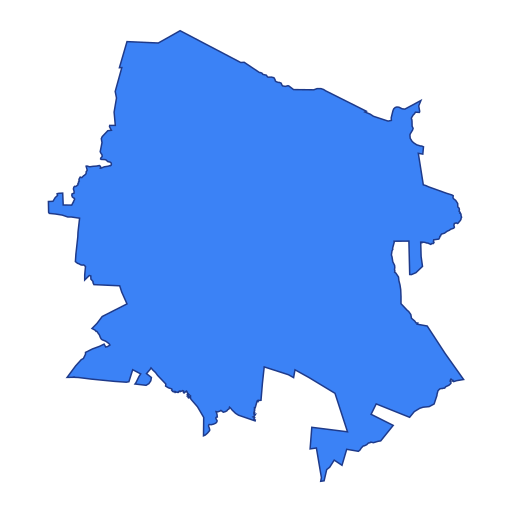 the district of Motozintla, Chiapas, Mexico
{"feature_id": "50627088B93582456317957", "entity_name": "Motozintla", "entity_type": "district", "adm_level": 2, "iso_a3": "MEX", "parent_name": "Mexico", "parent_adm1": "Chiapas", "projection": "robinson", "projection_center": [-92.331, 15.305], "detail": "fine", "context": "isolated", "style": "filled", "palette": "blue", "viewbox_px": 512, "rotation_deg": 0, "n_neighbors": 0, "source": "geoboundaries", "source_scale": "gbopen_adm2", "svg_char_len": 5965}
<svg xmlns="http://www.w3.org/2000/svg" viewBox="0 0 512 512"><path d="M463.6,379.5L445.0,353.3L427.2,326.0L417.2,324.2L417.8,323.1L415.9,322.8L414.8,321.1L411.5,318.3L410.8,314.5L408.6,311.4L407.3,310.4L401.0,303.7L401.0,296.6L400.7,289.6L400.0,285.0L398.9,280.6L398.5,277.0L395.8,273.0L394.6,272.2L394.9,270.9L394.5,269.7L394.8,267.4L394.6,265.4L392.8,261.8L392.0,256.8L391.4,255.0L392.0,250.8L392.8,249.3L392.6,248.2L394.2,242.3L394.1,241.2L408.9,241.1L409.7,274.5L411.4,274.6L415.9,272.7L422.5,266.4L421.1,256.4L420.7,242.1L421.2,242.0L422.0,242.7L422.6,242.1L425.0,242.4L426.6,243.0L427.9,243.1L430.8,244.4L431.8,243.5L433.1,243.6L434.0,242.6L433.9,242.1L433.4,241.8L433.7,239.8L438.8,239.1L439.7,237.5L439.8,236.4L440.6,235.9L441.1,234.5L441.5,234.1L444.6,233.1L447.2,231.2L449.5,230.2L450.5,229.3L453.7,228.2L454.4,227.2L453.9,225.5L454.3,223.5L456.3,222.9L457.4,223.5L458.0,223.2L460.4,220.4L461.0,219.2L461.1,218.1L461.6,217.3L461.0,215.4L461.0,214.2L460.5,213.4L459.8,213.1L460.1,212.3L459.1,211.3L459.4,209.6L459.1,208.2L457.8,206.9L457.7,203.5L455.7,200.4L453.4,198.6L453.0,197.6L453.2,195.7L451.8,194.9L446.6,193.3L428.5,186.8L425.9,185.6L423.3,184.8L418.3,153.3L422.8,154.1L423.5,146.8L421.6,146.0L420.6,146.0L416.7,144.8L413.8,142.9L412.1,141.4L410.2,138.3L409.9,134.9L410.3,133.8L412.6,130.0L413.1,128.3L412.1,126.2L412.0,121.3L411.8,119.5L411.4,118.9L411.5,117.8L413.1,115.1L414.6,113.6L415.4,112.2L419.4,112.4L419.7,111.3L418.7,105.9L420.9,100.5L404.9,109.1L402.2,108.8L398.9,107.2L396.8,107.0L395.2,107.5L393.7,108.9L392.9,110.9L391.2,117.8L391.4,120.4L388.1,121.1L373.5,116.3L370.1,114.1L364.9,112.0L366.3,111.2L325.6,90.8L323.6,89.5L320.9,88.6L317.1,88.6L313.8,89.8L293.6,89.6L288.9,86.0L288.0,85.7L285.3,86.4L282.6,85.9L281.7,84.6L281.2,83.2L279.4,82.4L278.2,82.4L276.3,81.7L275.3,80.9L275.0,79.5L273.9,77.7L271.4,77.1L268.3,77.2L267.4,76.8L266.4,75.2L262.9,74.4L262.0,73.2L260.6,72.6L259.4,72.5L244.2,62.3L240.7,62.5L180.1,30.7L158.3,43.0L127.0,41.6L119.4,67.7L121.8,67.6L115.2,91.5L116.5,98.0L114.1,112.1L115.3,125.4L109.7,125.4L109.5,126.7L111.4,130.3L107.8,130.7L102.2,136.6L101.3,138.7L102.0,142.6L100.2,151.7L100.8,153.0L101.9,154.6L102.2,156.0L102.1,156.6L100.7,158.2L100.6,159.0L101.1,159.4L105.1,159.6L106.1,160.0L107.8,161.6L110.1,162.1L111.0,162.8L111.3,163.4L111.4,164.2L111.2,165.1L110.5,165.7L110.2,165.5L108.2,166.2L104.3,166.8L100.9,168.2L100.3,168.2L100.6,167.2L100.5,166.4L99.4,165.5L96.4,166.1L93.1,166.3L89.7,166.8L86.9,166.0L86.1,166.2L87.1,169.8L87.1,170.5L86.2,171.6L86.1,173.5L85.6,174.2L84.2,175.5L83.7,175.7L81.8,177.6L80.2,177.1L79.1,179.0L78.9,180.1L79.3,181.0L78.4,182.1L78.6,182.9L77.9,183.6L78.0,184.7L76.2,186.2L75.5,186.5L74.7,186.3L74.1,186.8L73.7,187.6L73.4,189.0L74.1,191.3L74.0,193.2L72.1,193.8L71.8,195.2L72.3,196.9L73.6,198.0L74.4,198.3L74.6,199.3L73.4,201.7L73.4,202.3L73.0,202.6L71.7,205.1L63.2,205.0L62.7,193.1L58.9,193.3L57.1,193.7L57.5,195.5L55.2,197.6L53.1,201.1L52.8,201.3L48.4,201.5L48.6,212.3L49.3,213.4L55.4,214.0L62.3,215.1L67.8,217.0L71.4,217.0L79.6,218.2L78.0,232.1L77.8,236.8L75.9,254.1L75.4,261.6L77.5,263.3L79.2,263.9L80.7,264.8L82.1,265.1L83.7,264.9L85.5,266.5L84.7,274.9L84.7,280.0L89.3,275.5L90.8,275.9L90.9,279.1L93.0,281.5L93.0,282.7L93.9,284.6L119.7,285.8L121.7,292.0L127.0,303.9L102.2,316.5L97.0,323.4L92.0,328.5L95.0,330.1L96.1,331.4L96.7,331.3L97.3,331.9L98.4,333.7L99.2,334.5L100.5,337.8L101.3,339.1L102.4,339.9L105.3,341.0L106.3,341.6L108.7,343.4L109.7,344.5L109.9,345.1L107.5,346.6L105.7,347.0L104.1,344.1L99.6,346.3L92.5,348.9L85.5,352.4L85.5,354.2L83.4,358.5L81.2,359.7L75.7,365.8L67.1,377.4L72.9,377.3L73.3,377.0L74.1,377.0L74.0,377.3L78.5,377.5L91.3,379.1L114.7,381.4L126.4,382.2L128.9,381.7L132.7,369.7L140.7,373.9L139.0,376.5L136.0,382.6L135.0,384.0L146.1,385.3L148.9,383.6L150.8,380.8L151.4,377.5L146.5,373.6L150.1,369.4L151.0,367.9L153.1,370.3L155.5,372.5L157.6,375.4L165.8,384.0L165.6,386.1L168.4,387.8L171.4,388.8L171.9,389.2L172.0,389.8L171.3,390.7L171.8,390.3L172.6,391.4L173.5,391.8L174.1,391.8L174.2,391.5L175.0,392.4L175.5,391.7L176.0,392.2L176.8,392.1L178.0,392.5L178.4,392.3L178.5,391.8L179.1,391.7L179.3,391.1L179.8,391.1L180.3,391.6L180.9,391.1L181.9,391.2L182.7,390.6L183.6,391.0L183.5,392.6L184.1,393.0L186.4,391.0L186.8,391.3L186.6,391.5L187.7,393.4L188.1,393.5L187.4,394.5L188.8,394.7L187.4,396.0L188.2,396.2L188.3,396.6L188.0,397.2L188.5,397.9L189.2,397.7L190.5,395.2L190.5,398.4L191.2,399.5L197.5,406.8L203.7,417.4L203.5,435.8L205.2,435.1L207.5,433.1L209.6,430.6L209.7,429.7L209.2,427.8L208.6,426.4L208.6,425.3L209.1,424.5L211.2,424.7L213.6,424.1L215.8,423.1L216.9,421.8L217.1,420.7L216.0,418.7L215.8,418.0L216.3,417.2L217.3,417.0L217.0,414.4L216.1,411.6L217.6,411.9L220.2,411.0L220.9,410.4L223.3,412.2L225.2,411.7L226.9,410.8L227.6,409.8L229.1,408.8L229.5,407.2L230.5,408.0L232.1,410.0L235.5,413.3L238.5,415.2L255.1,420.9L255.3,420.0L253.8,419.5L253.9,418.9L254.7,417.7L253.1,416.9L254.2,416.3L255.1,414.9L254.5,415.2L254.2,414.8L255.1,413.8L254.6,414.1L254.1,413.8L254.7,413.1L253.9,412.8L254.0,412.2L254.4,412.3L254.4,409.6L254.7,409.7L254.5,407.7L255.2,407.8L257.1,401.0L257.9,400.4L258.2,401.3L258.7,400.5L261.0,400.3L262.4,383.5L264.2,366.9L288.4,374.7L293.6,377.6L295.0,369.8L308.9,377.5L335.0,393.3L347.5,431.8L311.8,427.3L310.1,448.9L316.4,448.0L321.4,477.6L320.7,481.3L324.1,480.8L326.7,469.6L329.7,467.2L334.2,460.1L342.0,465.3L346.7,449.3L358.4,451.3L360.0,450.0L361.1,448.2L362.6,446.6L363.4,445.9L364.4,445.8L366.7,444.7L368.4,443.0L369.9,442.8L370.8,442.1L373.4,442.7L378.1,441.3L380.7,440.9L393.2,425.4L371.1,414.3L376.2,403.9L409.6,417.3L414.3,411.6L419.7,408.3L423.1,407.2L429.2,406.6L434.1,404.0L436.9,395.6L437.1,394.0L438.0,390.7L439.8,388.9L441.3,388.5L442.2,388.6L443.2,388.2L444.7,388.1L445.6,386.8L449.0,385.2L450.6,383.7L451.0,383.1L450.7,381.6L450.1,381.2L450.7,379.2L451.1,379.1L452.0,379.9L452.2,381.0L452.6,381.1L453.1,380.6L453.7,381.6L456.5,380.7L463.6,379.5Z" fill="#3b82f6" stroke="#1e3a8a" stroke-width="1.5"/></svg>